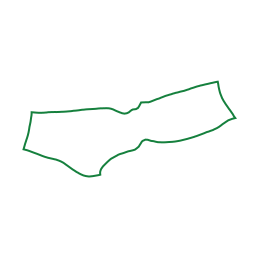 Shibam, Hadramawt, Yemen, rotated 76°
{"feature_id": "15242507B68868493059781", "entity_name": "Shibam", "entity_type": "district", "adm_level": 2, "iso_a3": "YEM", "parent_name": "Yemen", "parent_adm1": "Hadramawt", "projection": "mercator", "projection_center": [48.641, 15.882], "detail": "fine", "context": "isolated", "style": "outline", "palette": "green", "viewbox_px": 256, "rotation_deg": 76, "n_neighbors": 0, "source": "geoboundaries", "source_scale": "gbopen_adm2", "svg_char_len": 3636}
<svg xmlns="http://www.w3.org/2000/svg" viewBox="0 0 256 256"><g transform="rotate(76 128 128)"><path d="M104.8,29.7L104.7,30.5L104.6,33.7L104.6,34.8L104.5,36.8L104.5,39.6L104.4,42.6L104.4,44.5L104.4,45.2L104.4,45.9L104.3,47.6L104.4,48.5L104.4,49.7L104.4,50.9L104.5,52.4L104.6,53.4L104.7,54.6L104.8,56.6L104.8,57.2L105.2,59.9L105.2,61.0L105.3,62.1L105.5,64.6L105.4,68.0L105.4,69.0L105.5,70.4L105.5,71.7L105.4,73.3L105.5,74.6L105.5,76.2L105.7,77.8L105.7,78.8L105.7,79.7L105.8,80.9L105.9,83.5L106.0,84.5L106.2,85.9L106.4,87.4L106.5,88.5L106.7,89.5L106.9,90.7L107.0,93.1L107.3,95.3L107.6,97.5L107.8,99.0L107.9,99.7L108.0,102.0L107.3,104.7L106.4,109.1L109.6,112.0L110.9,113.4L110.9,113.5L111.0,113.6L111.1,113.8L111.1,114.2L111.2,114.3L111.6,115.7L111.2,118.9L111.3,119.2L111.4,119.5L111.4,119.8L111.4,120.0L111.6,120.4L111.7,120.6L112.0,121.4L113.0,123.4L113.4,125.5L113.2,128.0L112.2,130.2L111.2,131.6L110.8,132.3L110.0,133.3L109.4,134.2L108.0,136.0L106.4,137.9L105.2,139.8L104.3,141.7L103.6,144.0L103.1,146.3L102.7,148.1L102.4,149.4L102.2,150.3L102.0,151.6L101.9,152.1L101.7,153.8L101.4,155.7L101.3,156.2L100.8,158.9L100.3,161.4L99.8,164.1L99.5,166.6L99.2,168.0L99.1,169.1L98.9,171.5L98.5,174.5L98.1,176.7L97.9,179.1L97.5,181.5L97.1,184.0L96.7,186.2L96.1,189.1L96.0,189.7L95.5,192.2L95.1,194.1L95.0,194.3L94.9,194.7L94.4,196.8L94.0,198.5L93.9,199.2L93.4,201.5L93.2,203.7L93.1,204.0L92.8,205.9L92.5,207.3L92.3,208.4L91.9,210.0L91.7,210.8L90.8,213.6L90.1,215.6L89.4,217.7L89.8,217.8L90.2,217.9L90.6,218.0L92.2,218.5L94.5,219.5L96.5,220.3L98.5,221.1L101.2,222.4L103.0,223.3L105.9,224.5L108.5,225.7L109.6,226.3L110.8,226.9L112.8,228.1L113.8,228.7L114.8,229.4L116.0,230.1L117.1,230.8L118.5,231.7L119.4,232.2L120.1,232.6L122.0,233.7L123.4,234.5L123.8,233.7L124.1,233.2L125.1,231.4L125.2,231.2L126.5,229.2L128.1,226.9L129.6,224.7L131.0,222.6L132.7,220.2L134.3,218.0L135.9,215.6L137.0,213.7L137.4,213.1L138.3,211.3L139.3,209.3L139.9,208.1L140.5,207.0L141.2,205.5L142.1,204.2L142.8,203.1L144.3,201.1L145.4,199.9L146.1,199.1L148.0,197.5L148.3,197.3L148.6,197.0L150.0,195.8L152.5,193.7L154.4,192.1L155.4,191.2L156.3,190.3L158.2,188.6L159.6,187.0L160.2,186.5L161.9,184.5L162.4,183.8L163.2,182.8L164.4,180.6L165.4,178.2L165.8,176.6L165.9,175.9L166.0,175.1L166.2,173.8L166.4,171.0L166.6,168.2L166.6,167.0L166.6,166.2L165.1,166.0L163.8,165.6L163.1,165.2L162.4,164.8L161.1,163.8L159.3,161.7L159.2,161.6L157.5,158.8L155.9,156.1L155.2,154.8L154.5,153.5L153.8,152.0L153.6,151.4L153.3,150.1L152.9,148.7L152.2,146.0L152.0,145.2L151.6,144.0L151.3,141.7L151.3,141.1L151.3,140.6L151.2,138.4L150.9,135.6L150.7,133.4L150.8,131.0L150.8,128.7L150.7,126.6L149.9,124.6L148.7,122.1L147.3,120.7L145.9,119.2L145.5,118.8L144.7,118.0L144.3,117.4L144.0,116.7L143.9,116.0L143.5,113.9L144.2,111.7L146.1,108.7L147.0,106.3L148.1,104.3L149.0,102.4L149.6,100.3L150.1,98.6L150.2,98.3L150.9,95.2L151.5,91.7L152.1,88.6L152.5,85.8L152.7,83.4L152.9,80.6L152.9,78.3L152.9,75.5L152.9,74.8L152.9,72.9L152.8,70.8L152.8,70.0L152.7,67.9L152.6,65.7L152.5,65.3L152.4,63.4L152.1,60.8L151.9,59.0L151.8,58.0L151.7,57.2L151.5,55.5L151.1,53.1L151.0,52.4L151.0,50.7L150.7,48.5L150.7,48.2L150.5,45.9L150.2,44.9L150.0,43.8L149.6,41.7L148.9,39.4L148.1,37.4L147.1,35.2L146.5,33.5L146.4,33.2L146.0,32.2L145.6,31.1L145.2,29.9L144.8,28.9L144.5,26.3L144.3,24.5L144.3,24.1L144.3,21.5L142.2,22.4L140.2,22.9L139.9,23.0L137.3,24.0L135.4,24.7L133.6,25.5L133.3,25.6L131.4,26.3L129.1,27.2L128.6,27.4L126.5,28.1L124.4,28.8L123.0,29.1L122.2,29.4L119.3,29.8L117.1,30.1L115.6,30.2L115.0,30.2L113.3,30.2L112.9,30.2L109.8,30.1L106.8,29.8L106.2,29.8L104.8,29.7Z" fill="none" stroke="#15803d" stroke-width="2"/></g></svg>